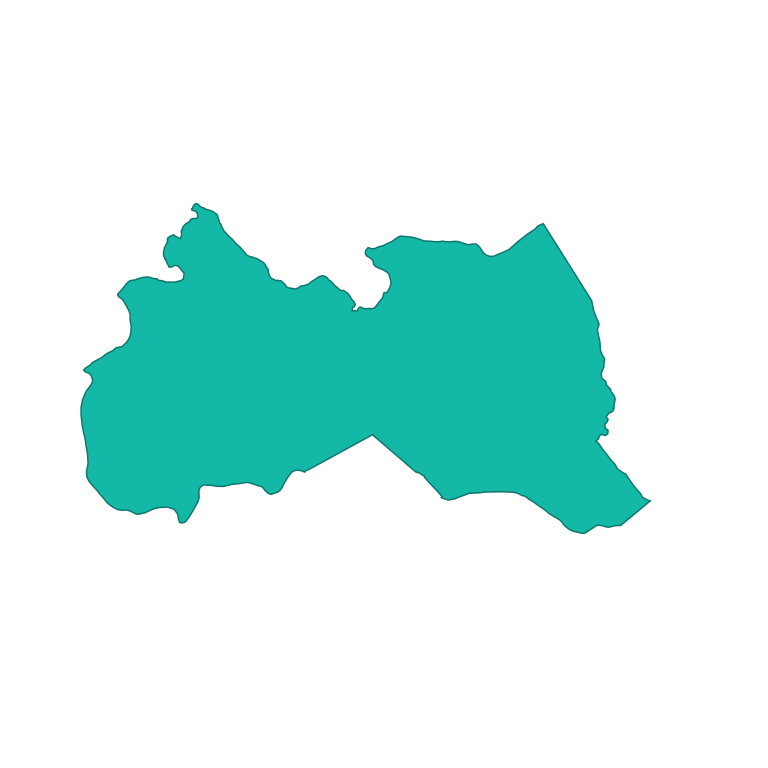 Marigot, Anse-la-Raye, Saint Lucia (Robinson projection), rotated 18°
{"feature_id": "8701671B85402755836861", "entity_name": "Marigot", "entity_type": "district", "adm_level": 2, "iso_a3": "LCA", "parent_name": "Saint Lucia", "parent_adm1": "Anse-la-Raye", "projection": "robinson", "projection_center": [-61.025, 13.962], "detail": "fine", "context": "isolated", "style": "filled", "palette": "teal", "viewbox_px": 768, "rotation_deg": 18, "n_neighbors": 0, "source": "geoboundaries", "source_scale": "gbopen_adm2", "svg_char_len": 6153}
<svg xmlns="http://www.w3.org/2000/svg" viewBox="0 0 768 768"><g transform="rotate(18 384 384)"><path d="M473.7,474.3L474.7,474.5L481.1,474.5L487.4,471.0L489.5,468.9L498.9,461.6L509.2,457.6L513.0,455.7L528.5,450.3L539.8,447.1L544.3,446.6L550.1,447.4L553.0,447.1L556.5,448.5L562.8,450.1L568.7,452.0L574.6,453.6L581.9,456.5L592.9,458.9L595.2,460.0L599.0,462.7L604.2,464.8L608.9,465.6L618.3,464.8L621.1,463.8L630.0,452.8L632.4,451.9L632.5,451.6L640.2,451.2L641.9,450.8L648.1,447.1L652.8,445.4L653.1,445.2L653.1,444.9L673.8,412.2L672.7,413.2L664.9,412.0L662.0,409.1L653.9,404.2L647.7,399.8L641.8,395.0L638.9,394.6L632.4,392.7L627.9,388.6L624.3,386.8L616.8,381.6L611.6,378.2L607.0,374.5L603.1,372.7L604.8,370.1L605.1,366.7L606.1,364.9L610.6,364.5L612.2,362.3L611.3,358.6L608.3,357.8L606.4,354.1L608.0,350.8L608.0,348.2L605.4,346.7L606.7,342.6L610.0,339.2L610.3,336.6L610.1,335.7L609.6,335.9L609.8,335.4L608.4,326.6L606.3,323.9L602.4,321.2L601.0,319.0L598.8,317.9L595.7,316.0L594.0,313.0L589.3,311.1L587.3,306.7L587.8,299.3L586.9,297.1L586.1,291.9L582.3,288.6L579.4,285.1L577.0,278.8L575.4,275.5L573.5,272.5L570.1,266.5L570.1,260.8L568.7,258.8L566.5,256.7L560.8,249.5L555.7,240.5L485.9,182.3L481.5,186.1L480.0,189.7L474.6,196.5L467.6,206.8L461.4,217.4L455.7,222.7L448.5,228.8L444.7,230.0L441.0,229.7L437.9,228.5L435.9,226.8L432.8,224.4L429.1,222.6L428.5,222.4L424.6,223.7L421.1,225.5L416.2,225.7L411.8,225.5L408.1,226.1L401.8,228.8L399.1,229.5L395.7,230.0L390.9,232.3L387.6,233.2L383.0,234.1L380.1,235.0L377.4,235.7L373.3,235.3L365.1,235.7L361.3,236.7L354.5,238.0L352.3,239.5L347.7,245.8L342.9,250.2L341.0,252.3L336.1,255.5L332.9,258.4L330.7,259.2L326.7,259.2L326.2,260.7L325.6,262.0L325.4,263.2L325.7,264.9L326.4,266.3L327.5,267.3L328.9,267.8L330.7,268.1L332.3,268.6L334.9,269.9L335.8,270.7L336.6,272.4L337.4,273.5L338.1,274.1L339.8,274.9L343.4,275.4L346.4,275.5L350.2,276.2L352.2,276.7L354.8,278.0L357.4,282.2L358.5,283.7L359.4,285.9L359.8,285.9L359.6,286.2L359.5,286.7L359.8,290.4L358.6,295.8L357.9,296.6L356.3,296.8L355.9,297.1L355.8,297.9L355.9,299.0L356.0,302.7L354.6,305.9L353.0,310.8L351.7,314.0L350.2,315.7L348.3,316.4L346.8,316.6L343.7,318.0L341.4,318.5L338.1,318.1L337.2,318.4L336.8,318.7L336.4,319.5L336.2,320.5L336.0,322.2L335.7,323.2L333.9,323.1L332.3,323.7L331.7,324.2L331.1,324.1L330.6,322.3L330.6,321.6L330.9,320.6L332.0,319.1L332.2,317.8L331.9,316.9L330.0,315.0L327.5,313.7L322.2,309.3L320.6,308.7L316.7,307.5L315.1,308.2L314.3,308.3L313.1,308.1L306.1,305.3L301.6,302.6L300.3,302.2L299.6,302.3L297.1,300.5L295.7,300.1L293.0,299.8L291.7,300.2L290.2,301.2L288.8,302.3L286.2,305.8L283.1,309.4L281.2,312.5L277.9,314.9L274.2,316.9L273.2,318.6L270.9,320.7L268.9,321.4L267.7,321.2L265.9,321.8L263.3,322.0L261.1,321.7L259.4,320.1L254.7,317.8L254.3,317.7L253.7,317.6L252.7,318.2L252.1,318.3L250.7,318.2L249.8,319.0L244.3,318.4L242.9,317.6L240.8,315.4L239.7,313.7L238.4,310.8L236.9,309.7L236.2,309.4L234.6,307.5L232.9,306.4L230.7,305.4L229.6,305.3L225.7,304.2L219.5,304.0L216.9,304.2L214.0,304.0L209.4,301.0L204.5,298.2L199.0,295.9L197.0,294.4L194.5,293.0L191.5,291.8L184.5,287.9L180.1,283.6L179.6,282.6L179.2,282.2L178.4,282.0L177.7,281.3L177.2,280.6L176.7,279.5L176.0,278.9L173.3,274.7L172.5,274.3L167.6,272.8L162.2,272.7L160.5,272.9L157.9,272.2L156.2,272.4L153.7,271.7L152.5,270.9L150.8,270.3L149.4,270.6L148.1,272.1L147.6,274.2L147.7,275.7L146.9,276.8L147.2,277.6L148.2,278.0L151.2,277.9L152.8,278.7L154.1,279.8L154.6,281.3L155.2,281.9L155.2,283.5L154.2,284.6L151.7,285.5L150.3,286.3L149.1,287.4L149.1,289.1L145.8,293.2L144.5,296.0L143.9,301.3L145.4,304.4L145.5,306.7L145.4,308.8L144.6,308.9L144.0,308.6L140.7,308.1L139.9,307.9L138.3,307.1L137.0,307.8L134.7,309.9L134.2,310.5L133.3,312.0L133.4,314.2L134.1,314.7L134.1,315.7L133.1,323.1L133.5,324.2L133.3,325.4L134.6,329.8L135.8,331.2L136.6,331.7L136.7,332.7L138.3,333.6L141.2,337.0L142.5,337.8L142.9,339.1L143.5,339.1L145.3,338.7L146.8,337.6L147.1,337.1L148.1,336.1L149.9,335.5L151.2,335.4L152.1,335.7L155.5,337.6L157.1,338.9L159.5,340.4L159.9,341.4L160.5,345.0L160.6,346.5L158.3,348.9L156.9,349.6L154.5,351.2L152.6,352.1L148.1,353.5L145.7,354.3L143.9,354.4L141.7,354.3L139.5,354.6L138.3,355.2L135.5,354.1L133.9,354.6L131.7,354.9L130.5,355.0L127.8,354.9L124.1,356.0L121.7,357.1L118.0,359.6L114.4,362.4L113.0,362.9L110.9,364.1L109.8,365.1L108.5,367.2L107.2,370.5L106.7,372.4L105.8,374.5L104.5,377.8L103.8,378.8L103.1,380.7L103.2,381.4L103.8,382.3L105.5,383.4L108.4,383.9L111.4,386.2L118.5,392.8L121.3,396.6L122.7,401.5L124.7,405.1L126.1,408.3L127.3,413.0L127.7,417.4L127.3,420.1L126.4,423.6L123.2,429.6L120.6,430.8L117.2,433.2L116.2,435.6L110.4,441.3L107.8,445.5L100.0,453.8L98.9,456.5L95.0,461.3L94.2,463.4L94.5,463.3L95.5,464.7L100.7,465.1L101.7,465.9L103.1,466.7L104.5,468.7L105.3,469.5L106.0,471.0L105.9,473.3L104.9,477.5L103.2,482.2L102.7,485.1L102.2,492.0L103.1,499.5L105.3,506.7L109.9,516.8L113.4,523.1L116.6,528.5L117.9,530.8L119.3,533.9L123.9,542.8L127.2,551.3L128.0,558.6L128.6,560.6L130.3,564.4L133.2,567.4L135.1,568.7L138.4,570.8L143.3,573.5L145.3,574.8L146.9,576.0L151.7,578.8L158.2,582.9L163.8,584.8L168.7,585.7L171.8,585.5L174.7,584.9L177.4,583.6L178.4,583.4L181.5,583.2L187.6,584.2L189.4,584.1L191.0,583.6L196.5,580.3L204.5,573.1L206.0,572.2L210.5,570.0L211.5,569.8L215.5,568.1L220.7,567.9L222.6,568.0L223.7,568.4L227.5,571.1L227.9,571.6L230.7,576.6L231.3,577.1L232.3,578.8L233.4,578.7L234.4,578.8L237.1,577.1L237.7,576.3L238.2,575.3L239.9,570.4L241.8,561.9L243.4,553.3L243.3,549.1L241.0,543.1L241.0,539.8L241.4,538.7L242.0,537.4L243.9,535.7L245.6,535.2L247.9,534.7L249.6,534.1L254.2,533.2L255.8,533.1L257.9,532.6L262.2,531.3L263.7,530.6L268.4,527.8L268.7,527.4L269.9,526.7L276.8,523.6L283.7,520.1L286.7,519.5L294.9,519.6L299.1,519.5L300.2,519.7L304.4,522.3L305.7,522.8L307.1,523.6L310.1,524.0L311.1,523.6L315.3,520.4L316.4,519.7L317.8,517.8L319.1,514.1L319.4,511.0L321.1,503.1L323.3,496.6L326.2,493.6L329.5,492.4L333.0,492.0L335.9,492.3L336.2,491.6L336.6,490.1L337.3,489.6L338.5,489.0L388.7,435.8L441.2,457.8L446.0,457.8L447.3,458.5L449.2,458.9L450.3,458.9L451.4,460.2L457.1,463.6L469.0,470.1L474.4,473.5L473.7,474.3Z" fill="#14b8a6" stroke="#0f766e" stroke-width="1.5"/></g></svg>